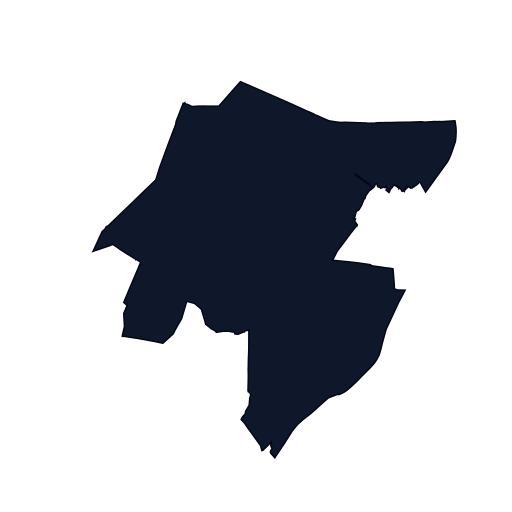 outline of Aizkraukles pag., Aizkraukles, Latvia, rotated 287°
{"feature_id": "27541924B10517585408275", "entity_name": "Aizkraukles pag.", "entity_type": "district", "adm_level": 2, "iso_a3": "LVA", "parent_name": "Latvia", "parent_adm1": "Aizkraukles", "projection": "equal_earth", "projection_center": [25.231, 56.65], "detail": "fine", "context": "isolated", "style": "filled", "palette": "ink", "viewbox_px": 512, "rotation_deg": 287, "n_neighbors": 0, "source": "geoboundaries", "source_scale": "gbopen_adm2", "svg_char_len": 5637}
<svg xmlns="http://www.w3.org/2000/svg" viewBox="0 0 512 512"><g transform="rotate(287 256 256)"><path d="M380.7,141.6L380.0,141.7L361.7,140.3L357.9,140.7L336.3,139.3L312.8,138.0L299.4,137.9L282.0,128.2L272.0,122.7L244.5,107.4L242.3,106.2L241.9,106.0L241.7,105.9L240.5,104.4L240.3,104.3L240.1,104.2L239.4,104.0L238.3,103.8L237.9,103.8L235.1,102.2L234.3,101.7L233.7,101.6L213.4,98.9L212.8,98.8L214.2,100.7L214.9,101.7L215.0,101.9L223.5,113.6L223.8,113.7L225.2,115.7L222.9,123.6L222.7,123.6L220.1,132.7L220.1,133.0L217.8,141.7L217.7,141.8L217.9,141.8L216.4,147.5L209.0,146.8L191.2,144.9L172.9,143.1L172.8,143.5L171.4,146.5L171.3,147.0L171.2,147.2L162.4,146.3L150.1,150.8L142.8,151.3L142.6,151.3L140.1,151.6L140.1,152.3L140.5,152.5L141.5,159.5L142.7,167.7L143.1,171.1L143.7,176.0L144.6,183.9L145.3,192.2L145.4,192.5L157.2,199.5L157.3,199.5L159.9,200.1L160.0,199.9L167.0,201.5L174.3,203.2L192.4,203.0L192.7,211.0L191.2,214.6L189.1,219.3L179.4,225.8L176.0,227.9L173.3,234.8L172.4,239.1L171.4,240.4L174.6,247.0L175.5,250.1L176.0,251.2L176.4,255.4L176.7,256.7L176.8,256.9L176.8,257.3L176.7,257.5L175.3,258.6L175.9,261.7L180.0,266.7L179.9,266.9L180.7,267.1L180.9,267.2L181.6,268.2L182.2,269.2L182.8,270.3L183.3,270.8L178.2,272.3L165.2,276.2L152.2,279.7L150.3,280.3L144.8,281.8L140.0,283.4L136.6,284.4L129.6,286.4L124.9,287.7L124.2,288.5L123.9,288.4L123.6,289.5L123.2,290.1L121.9,291.6L118.1,291.6L111.3,293.1L104.7,291.5L103.5,291.6L102.3,291.7L102.1,291.8L101.5,291.8L100.4,291.1L99.6,290.8L98.6,290.2L95.3,289.6L92.8,293.9L89.7,297.7L89.0,298.6L84.2,305.0L78.9,312.0L77.2,314.2L76.2,315.7L71.8,318.4L72.9,319.0L72.3,319.5L82.5,325.0L82.4,325.1L82.2,325.2L81.0,325.7L80.7,325.6L80.2,325.4L79.3,325.4L79.2,325.4L79.0,325.5L78.8,325.7L78.8,325.9L78.6,326.3L78.2,326.5L77.9,326.4L77.7,326.6L77.5,326.9L77.5,327.2L77.2,327.4L76.2,327.5L75.0,327.3L74.1,327.0L72.9,327.0L72.4,327.2L72.2,327.5L71.7,327.8L71.6,328.0L71.1,328.7L70.9,328.9L70.9,329.1L71.1,329.3L71.0,329.6L70.7,329.6L70.5,329.8L70.4,329.9L70.4,330.0L68.5,333.0L69.8,333.3L83.9,337.6L99.5,341.9L106.8,344.9L113.2,348.7L121.4,354.5L136.2,363.4L141.5,366.7L148.5,375.7L147.8,375.9L149.3,377.8L151.5,380.0L154.0,382.1L157.3,384.2L160.5,386.1L164.5,388.4L167.8,390.2L171.7,392.1L174.9,393.9L178.2,395.6L182.5,397.9L185.8,399.4L188.2,400.5L192.0,401.7L194.1,402.1L196.5,402.6L198.3,402.7L200.3,402.7L203.0,402.7L208.9,402.3L218.4,402.0L224.1,401.9L253.0,405.9L266.9,408.6L265.8,404.5L264.8,401.2L265.2,397.6L267.5,397.2L278.0,393.1L283.9,390.7L283.4,387.5L282.9,384.8L280.3,368.3L281.2,368.2L279.2,355.3L277.2,344.5L276.8,342.7L275.9,338.2L274.3,330.5L277.6,331.1L284.0,332.2L285.0,332.5L297.2,337.0L300.5,338.1L306.2,340.2L313.7,343.1L314.1,343.8L315.4,343.8L317.8,340.6L318.6,340.2L320.5,340.3L320.0,338.4L322.1,339.1L323.3,339.1L324.2,339.0L328.0,338.9L330.0,340.8L335.1,342.1L342.6,342.8L342.8,343.4L345.6,343.3L351.1,345.1L354.8,347.7L355.3,347.9L357.8,341.0L358.0,340.2L358.4,339.2L360.1,334.4L360.8,332.5L362.7,327.0L363.6,327.2L360.3,336.3L358.6,341.5L358.4,341.9L357.8,343.6L357.3,344.9L356.2,347.9L356.0,348.5L357.2,348.9L358.8,349.1L359.9,349.2L360.9,349.6L361.3,349.5L359.9,350.7L357.9,352.1L357.8,354.5L357.6,355.7L358.2,356.5L358.0,356.4L359.2,358.2L359.1,358.7L359.0,359.5L360.3,359.8L359.3,361.7L357.0,361.1L355.7,364.4L355.6,364.6L356.8,364.9L358.2,364.9L359.3,365.2L360.1,365.5L360.7,365.8L361.4,366.3L362.2,366.5L363.5,366.5L363.7,366.8L364.0,367.1L363.7,367.2L363.8,367.4L364.0,368.5L364.0,368.8L364.0,369.0L364.4,369.2L364.5,369.4L364.5,369.5L364.1,369.5L363.7,369.8L363.7,370.0L363.8,370.0L364.0,370.0L364.1,369.9L364.3,369.8L364.5,370.0L364.5,370.4L364.2,370.6L364.1,370.8L363.8,371.0L363.5,370.9L363.4,371.0L363.4,371.4L363.3,371.5L363.5,371.6L363.2,371.6L363.2,372.1L362.4,372.7L363.4,372.9L363.6,373.0L363.3,373.4L363.1,373.6L363.0,374.1L362.8,374.1L362.6,374.2L362.7,374.3L362.8,374.5L362.5,375.1L362.3,375.1L362.1,375.2L362.0,375.3L362.1,375.5L362.1,375.8L361.8,375.9L361.7,375.9L361.3,375.9L361.2,376.0L361.1,376.3L360.7,376.6L360.8,376.7L361.0,376.7L361.1,377.0L360.9,377.1L360.8,377.5L360.9,377.8L361.0,377.8L361.3,377.8L361.4,378.0L361.7,378.2L361.9,378.6L361.8,378.8L361.7,378.8L361.5,379.0L361.9,379.0L362.0,379.0L362.9,379.3L363.0,379.0L363.3,379.1L363.9,379.4L364.1,379.4L364.3,379.6L364.8,379.7L364.8,379.8L364.8,380.0L364.6,380.3L365.6,380.7L366.0,381.0L366.4,379.9L366.6,380.3L366.8,380.9L366.8,381.2L366.9,381.9L366.7,382.3L366.3,383.5L366.1,383.9L366.2,384.3L366.5,384.9L366.6,385.4L367.2,385.8L367.8,386.2L368.2,386.3L369.1,386.1L369.3,386.3L369.2,386.5L368.9,386.7L368.8,386.9L368.7,387.2L369.8,387.7L370.1,388.0L370.4,388.4L371.3,389.1L371.6,389.1L372.0,389.4L372.2,389.6L372.7,389.8L372.8,390.0L373.5,390.2L373.7,390.3L374.1,390.5L375.0,390.6L375.3,390.5L375.5,390.4L366.7,399.5L401.6,411.4L403.2,411.8L405.3,412.2L408.7,412.6L412.0,412.8L416.3,413.0L420.8,413.1L423.3,413.2L425.2,413.0L427.6,412.5L432.5,411.3L436.8,409.9L441.8,407.6L443.5,406.7L438.9,394.6L438.5,393.4L438.1,391.4L437.8,391.0L436.3,385.8L436.1,385.6L434.2,380.5L433.4,378.4L433.1,376.9L433.0,376.4L432.7,374.8L428.8,363.5L425.2,352.2L422.9,345.4L422.5,345.1L422.6,344.3L419.9,336.0L419.4,334.4L419.3,334.7L419.0,333.7L418.1,331.3L417.4,329.7L417.0,328.3L416.0,325.1L415.3,322.9L415.5,322.8L409.9,301.9L408.3,297.4L408.3,297.1L408.3,296.6L407.9,295.0L406.7,286.8L406.7,285.5L407.6,277.4L408.1,274.3L408.2,271.7L408.8,268.9L409.8,260.1L410.0,258.7L411.7,245.8L418.2,190.2L416.6,189.4L388.4,176.6L385.2,166.0L382.9,158.2L380.2,151.0L380.9,146.9L381.0,143.3L381.6,143.1L381.4,143.0L381.1,142.5L380.9,142.2L380.7,141.6Z" fill="#0f172a" stroke="#020617" stroke-width="1.5"/></g></svg>